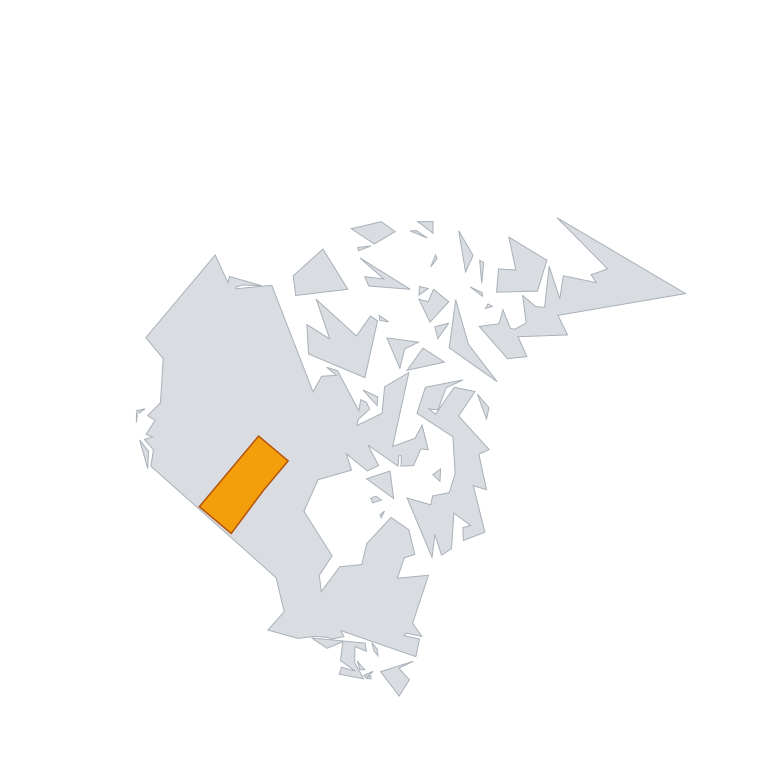 Canada, with Saskatchewan highlighted, rotated 40°
{"feature_id": "CAN-631", "entity_name": "Saskatchewan", "entity_type": "Province", "adm_level": 1, "iso_a3": "CAN", "parent_name": "Canada", "parent_adm1": "", "projection": "mercator", "projection_center": [-105.491, 54.496], "detail": "fine", "context": "in_parent", "style": "filled", "palette": "amber", "viewbox_px": 768, "rotation_deg": 40, "n_neighbors": 0, "source": "natural_earth", "source_scale": "10m", "svg_char_len": 5476}
<svg xmlns="http://www.w3.org/2000/svg" viewBox="0 0 768 768"><g transform="rotate(40 384 384)"><path d="M224.8,542.0L198.5,506.5L171.8,501.6L171.8,393.7L199.5,406.8L196.4,401.1L227.1,387.3L211.9,399.1L208.4,404.7L209.5,406.1L234.6,380.6L334.7,435.7L331.3,418.1L341.9,408.0L329.4,408.0L339.9,403.7L382.0,420.7L376.2,411.0L382.2,409.3L389.1,412.5L387.0,427.7L390.0,433.1L401.3,407.7L386.3,385.8L395.7,359.3L430.7,426.2L442.7,405.6L439.6,391.0L460.2,406.0L453.9,410.0L459.1,427.5L449.8,436.0L444.3,428.7L442.8,428.0L441.5,429.5L447.6,437.9L411.1,441.1L432.3,449.9L427.1,461.3L400.1,461.7L414.5,470.9L395.0,499.7L404.5,533.0L454.7,549.0L457.4,572.1L469.4,583.5L467.6,552.3L483.0,536.7L473.4,517.3L475.2,481.7L496.6,479.7L517.0,494.6L511.3,504.3L519.1,524.2L541.0,501.9L559.8,549.0L575.3,553.0L560.9,560.7L561.2,563.8L575.2,556.5L583.6,572.4L509.6,600.6L515.6,603.2L508.4,612.5L503.9,614.2L493.7,621.3L481.6,634.2L453.2,647.1L453.9,622.6L425.8,601.7L258.3,596.8L249.7,582.6L236.0,580.5L240.8,573.4L234.1,575.5L232.0,559.0L223.3,560.1L224.8,542.0ZM434.4,374.2L442.9,373.9L439.9,341.3L458.5,331.3L461.8,360.6L506.6,366.6L501.8,376.8L530.5,399.1L517.8,404.5L556.5,432.7L545.4,452.9L536.7,443.3L541.3,436.7L520.5,438.1L541.5,466.6L538.1,478.1L519.7,466.6L532.2,485.9L475.0,456.5L497.4,446.5L493.2,438.5L503.8,425.2L495.9,406.6L470.7,380.2L428.1,385.2L417.8,359.9L442.0,329.9L434.0,347.0L442.0,369.1L434.4,374.2ZM409.8,145.4L556.9,120.9L473.1,219.6L493.1,228.4L456.3,261.6L475.9,271.2L462.4,285.2L420.0,278.7L433.3,264.0L427.5,250.7L444.6,260.0L448.8,258.4L453.7,245.9L433.4,227.1L450.4,227.2L457.8,222.1L434.9,187.7L463.9,205.7L451.8,185.9L481.4,169.9L472.4,167.2L481.3,152.1L409.8,145.4ZM278.0,362.8L332.0,364.9L329.9,340.6L338.4,339.8L365.3,391.4L306.9,409.5L286.7,388.0L313.5,384.4L278.0,362.8ZM528.4,623.8L518.1,607.8L510.3,623.1L491.8,625.0L536.1,594.7L542.2,600.0L530.4,603.8L540.8,616.4L557.8,623.0L536.3,635.0L533.4,628.4L546.5,622.5L528.4,623.8ZM250.5,319.9L295.4,334.7L259.5,372.9L244.9,359.5L250.5,319.9ZM385.3,191.2L429.2,184.5L441.9,214.2L411.2,241.3L397.8,222.2L411.7,211.9L385.3,191.2ZM384.7,273.3L423.2,299.4L469.1,309.5L410.7,314.4L384.7,273.3ZM284.7,302.9L343.2,294.6L309.3,318.7L300.3,314.1L316.4,303.7L284.7,302.9ZM584.7,577.5L578.1,592.1L593.6,594.3L596.2,613.3L566.3,606.6L584.7,577.5ZM356.6,346.9L383.6,329.7L377.3,343.8L386.0,361.7L356.6,346.9ZM431.6,467.8L444.5,446.8L465.0,465.5L431.6,467.8ZM390.8,331.4L416.2,328.4L392.9,358.7L390.8,331.4ZM294.6,260.1L286.5,283.0L259.1,286.0L277.6,261.4L294.6,260.1ZM380.8,279.3L379.4,307.1L356.2,296.6L365.0,292.7L361.1,279.6L380.8,279.3ZM342.8,218.6L369.6,228.3L374.5,245.8L342.8,218.6ZM232.9,584.0L246.7,586.8L257.3,600.6L232.9,584.0ZM462.1,331.8L479.7,334.7L485.1,345.0L462.1,331.8ZM371.8,402.1L387.6,397.9L392.5,404.9L371.8,402.1ZM394.4,296.0L396.1,314.7L386.1,307.4L394.4,296.0ZM382.3,226.9L394.1,244.0L377.7,227.7L382.3,226.9ZM482.0,412.8L489.4,422.6L479.6,422.0L482.0,412.8ZM310.3,245.6L323.3,244.4L305.6,250.0L310.3,245.6ZM347.6,333.4L339.9,338.0L336.2,334.5L347.6,333.4ZM560.4,611.0L559.2,619.8L561.3,615.9L563.6,618.3L559.5,620.9L555.8,620.1L560.4,611.0ZM317.2,228.1L324.6,237.0L305.5,237.9L317.2,228.1ZM554.1,596.0L548.1,595.0L541.1,590.1L549.0,591.4L554.1,596.0ZM456.6,474.6L451.7,482.4L447.3,480.2L449.9,475.2L456.6,474.6ZM211.6,563.5L216.8,556.7L215.2,563.8L211.6,563.5ZM387.7,254.2L400.7,251.0L402.9,253.5L387.7,254.2ZM356.5,282.5L353.7,293.4L348.4,286.5L356.5,282.5ZM541.5,613.3L545.0,614.2L553.0,615.2L549.2,618.3L541.5,613.3ZM466.1,481.1L467.8,488.2L464.9,486.5L466.1,481.1ZM285.2,286.7L278.9,298.1L276.1,296.3L285.2,286.7ZM417.1,255.0L413.2,260.9L412.3,255.8L417.1,255.0ZM344.2,253.9L344.5,264.1L340.4,252.0L344.2,253.9ZM212.6,564.8L215.4,566.9L219.0,572.7L212.6,564.8Z" fill="#d9dde1" stroke="#a8b0b8" stroke-width="1"/><path d="M350.2,596.7L349.5,596.7L348.4,596.7L347.4,596.7L346.3,596.7L345.3,596.7L344.2,596.7L343.1,596.7L342.0,596.7L341.0,596.7L339.9,596.7L338.9,596.7L337.8,596.7L336.7,596.7L335.7,596.7L334.6,596.7L333.6,596.7L332.5,596.7L331.4,596.7L330.4,596.7L329.3,596.7L328.3,596.7L327.2,596.7L326.1,596.7L325.1,596.7L324.0,596.7L322.9,596.7L321.9,596.7L321.4,596.7L321.4,594.1L321.4,591.6L321.4,589.0L321.4,586.4L321.4,583.8L321.4,581.2L321.4,578.5L321.4,575.8L321.4,573.1L321.4,570.4L321.4,567.7L321.4,564.9L321.4,562.2L321.4,559.4L321.4,556.6L321.4,553.7L321.4,550.8L321.4,547.9L321.4,545.0L321.4,542.1L321.4,539.1L321.4,536.1L321.4,533.1L321.4,530.0L321.4,527.0L321.4,523.8L321.4,520.7L321.4,517.5L321.4,514.3L321.4,511.1L321.4,507.8L321.4,504.5L323.8,504.5L326.3,504.5L328.7,504.5L331.1,504.5L333.5,504.5L335.9,504.5L338.3,504.5L340.7,504.5L343.1,504.5L345.6,504.5L348.0,504.5L350.4,504.5L352.8,504.5L355.2,504.5L357.6,504.5L360.0,504.5L360.0,505.6L360.0,506.7L360.0,507.8L360.0,508.9L360.0,514.2L360.0,519.5L360.0,524.7L360.0,529.8L360.0,533.1L360.0,536.3L360.0,539.4L360.0,542.6L360.1,544.4L360.2,546.2L360.3,548.1L360.4,549.9L360.5,551.7L360.6,553.5L360.7,555.2L360.8,557.0L360.9,558.8L361.0,560.5L361.1,562.2L361.2,564.0L361.3,565.7L361.4,567.4L361.5,569.1L361.6,570.8L361.7,572.5L361.8,574.2L361.9,575.9L362.0,577.5L362.1,579.2L362.2,580.8L362.3,582.5L362.4,584.1L362.4,585.8L362.5,587.4L362.6,589.0L362.7,590.6L362.8,592.2L362.9,593.8L363.0,595.4L363.1,596.7L362.2,596.7L361.1,596.7L360.1,596.7L359.0,596.7L358.0,596.7L356.9,596.7L355.8,596.7L354.8,596.7L353.7,596.7L352.7,596.7L351.6,596.7L350.5,596.7L350.2,596.7Z" fill="#f59e0b" stroke="#b45309" stroke-width="1.5"/></g></svg>